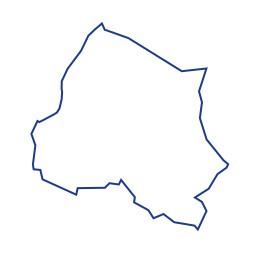 Bogdantsi, Bogdanci, North Macedonia (Albers equal-area conic projection), rotated 176°
{"feature_id": "65306769B60147523647729", "entity_name": "Bogdantsi", "entity_type": "district", "adm_level": 2, "iso_a3": "MKD", "parent_name": "North Macedonia", "parent_adm1": "Bogdanci", "projection": "albers", "projection_center": [22.598, 41.193], "detail": "fine", "context": "isolated", "style": "outline", "palette": "blue", "viewbox_px": 256, "rotation_deg": 176, "n_neighbors": 0, "source": "geoboundaries", "source_scale": "gbopen_adm2", "svg_char_len": 793}
<svg xmlns="http://www.w3.org/2000/svg" viewBox="0 0 256 256"><g transform="rotate(176 128 128)"><path d="M108.8,36.2L98.6,39.7L88.5,30.8L68.5,26.0L65.4,21.9L55.5,39.7L59.4,49.1L66.1,54.0L51.7,61.8L41.9,75.8L32.4,81.6L30.6,84.9L35.0,89.1L50.4,111.1L55.6,132.8L52.4,148.5L54.6,159.6L45.6,181.9L70.4,180.9L121.4,217.7L144.4,227.7L146.7,234.1L153.9,228.8L161.1,222.8L169.4,208.4L172.6,204.6L175.0,201.9L184.1,191.3L189.6,181.5L190.7,179.6L190.9,178.4L191.5,171.6L191.2,168.4L192.2,161.2L195.0,152.3L197.9,148.3L200.4,147.0L211.0,142.2L216.1,140.1L217.8,141.3L224.8,128.8L221.6,117.3L225.4,98.2L225.0,93.4L218.4,92.3L216.8,82.7L184.3,65.1L182.4,71.5L155.2,70.0L150.3,74.2L141.1,72.3L138.5,76.7L126.0,58.5L127.1,53.4L113.4,44.6L108.8,36.2Z" fill="none" stroke="#1e3a8a" stroke-width="2"/></g></svg>